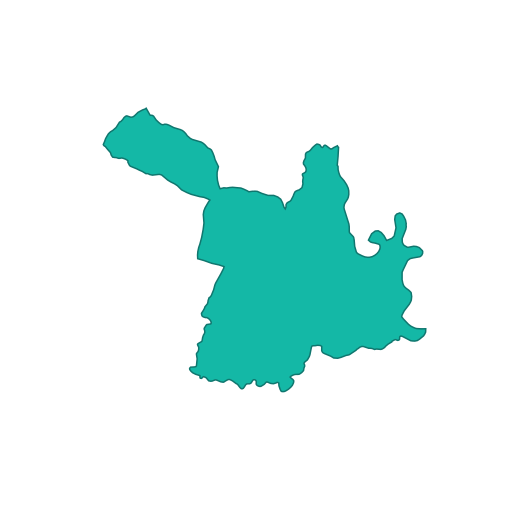 Tsendagang, Daga, Bhutan (Mercator projection), rotated 295°
{"feature_id": "84629894B97971916223830", "entity_name": "Tsendagang", "entity_type": "district", "adm_level": 2, "iso_a3": "BTN", "parent_name": "Bhutan", "parent_adm1": "Daga", "projection": "mercator", "projection_center": [89.946, 26.88], "detail": "fine", "context": "isolated", "style": "filled", "palette": "teal", "viewbox_px": 512, "rotation_deg": 295, "n_neighbors": 0, "source": "geoboundaries", "source_scale": "gbopen_adm2", "svg_char_len": 6134}
<svg xmlns="http://www.w3.org/2000/svg" viewBox="0 0 512 512"><g transform="rotate(295 256 256)"><path d="M390.3,283.2L387.1,280.6L385.1,279.4L384.5,278.2L385.6,273.2L385.7,272.0L385.2,271.2L384.3,270.9L382.9,270.7L382.3,270.2L382.5,268.7L383.3,267.7L383.7,266.8L383.5,264.9L383.2,263.9L381.8,263.0L379.8,262.1L378.1,261.4L374.8,260.6L373.2,259.8L371.8,258.5L370.9,257.9L369.3,257.8L365.6,259.4L362.5,259.2L360.6,259.5L359.4,260.2L358.3,262.2L357.2,263.7L355.9,264.8L354.2,265.4L353.0,265.4L351.8,264.7L350.1,263.5L349.1,263.7L348.2,264.7L346.8,265.8L345.3,266.1L343.3,266.8L341.3,268.0L337.4,268.8L334.2,267.2L333.0,265.9L331.4,264.6L330.4,264.2L327.6,264.2L326.2,264.4L321.3,264.2L320.0,263.7L318.2,262.3L317.2,261.7L315.3,261.5L313.1,262.5L311.0,262.6L312.0,260.8L315.5,257.5L317.9,254.4L318.7,250.8L318.4,246.5L316.0,241.3L315.2,234.9L315.1,229.8L314.5,228.2L313.2,225.5L311.2,222.4L311.4,220.4L311.4,216.4L311.2,213.6L308.4,205.8L307.0,203.3L305.2,200.7L304.2,198.0L301.8,195.0L304.4,192.2L308.3,189.1L312.1,186.9L315.4,185.4L321.1,184.2L326.0,178.2L328.7,175.9L331.3,173.2L333.2,170.8L333.6,169.2L333.6,166.6L335.2,162.8L335.8,160.7L336.1,158.2L334.7,149.0L334.8,146.8L335.9,142.9L337.2,140.7L338.1,138.4L338.6,136.4L338.6,134.1L337.6,127.3L337.8,121.7L337.6,119.5L336.9,117.6L335.7,116.3L335.3,115.1L335.4,113.6L335.9,111.5L337.1,108.0L339.5,104.0L339.6,102.4L338.9,100.8L339.2,100.0L343.5,94.0L342.6,93.6L340.4,91.4L336.4,88.4L331.6,86.6L330.0,85.6L328.9,84.0L328.4,79.7L327.6,78.8L325.7,77.9L323.2,77.5L320.9,76.7L319.6,75.7L313.3,74.9L309.2,73.1L307.2,71.7L304.4,70.6L301.6,70.3L298.8,70.1L295.6,70.4L292.5,70.5L292.0,71.1L291.6,72.1L291.6,73.1L289.9,76.5L288.2,80.4L286.3,82.1L285.0,84.3L285.7,86.8L286.1,87.5L286.4,90.0L286.7,90.8L288.1,92.9L288.3,93.8L288.5,95.4L288.6,97.1L288.3,99.6L286.8,100.3L284.7,103.0L284.4,103.7L284.3,104.6L284.6,111.3L284.5,113.9L284.6,117.2L284.1,121.4L285.0,123.4L284.9,125.1L285.5,127.9L289.1,133.8L289.6,136.1L287.5,143.9L287.1,147.5L287.0,151.7L286.5,155.1L284.5,160.6L284.3,166.4L284.5,171.2L286.0,179.8L287.2,184.2L287.4,188.4L287.2,190.6L284.8,190.1L278.3,189.5L274.8,189.7L271.3,190.7L263.9,194.9L257.7,196.9L249.9,198.9L243.1,200.1L239.4,200.5L235.5,201.4L232.2,202.6L228.9,204.3L229.9,210.7L230.7,219.2L232.3,226.3L232.9,231.5L231.1,231.9L225.2,231.7L214.4,230.9L212.3,231.0L207.4,231.9L201.2,232.2L199.2,231.7L198.4,231.1L195.5,231.4L193.9,231.9L192.2,232.2L188.4,231.2L186.6,231.4L184.7,231.3L181.0,230.8L179.9,231.5L178.9,232.4L178.6,233.3L178.6,234.7L178.8,236.1L179.4,237.5L179.3,239.4L178.4,241.8L177.5,242.9L176.4,243.7L175.3,243.7L173.1,240.4L172.3,240.1L168.6,239.6L167.6,240.1L166.6,241.1L165.1,241.9L163.0,242.0L162.3,241.8L159.5,242.1L156.3,243.0L155.4,242.8L152.1,240.5L151.3,240.3L150.6,240.8L149.0,242.7L147.2,243.5L145.1,243.9L142.5,243.3L141.7,243.6L138.0,246.1L131.4,248.4L130.4,248.3L129.5,247.2L127.6,243.7L126.2,243.3L125.1,243.9L124.1,245.7L123.4,247.9L123.3,251.4L123.9,255.7L122.2,256.6L121.7,257.2L122.1,258.4L124.4,259.3L124.6,260.2L124.6,262.3L122.9,265.8L123.3,267.7L124.1,269.1L126.5,271.4L126.9,272.8L127.1,277.4L127.8,279.7L128.4,280.3L129.8,281.1L132.2,282.9L132.8,284.0L133.0,284.8L132.9,287.5L132.0,291.7L131.9,293.5L130.0,297.1L129.5,298.7L129.8,299.6L130.7,300.4L132.5,300.8L134.7,301.0L136.1,301.6L136.7,302.6L137.4,304.1L138.4,305.0L139.2,305.3L141.9,305.6L142.8,306.1L143.2,306.8L143.3,307.8L143.1,308.6L142.1,309.4L140.0,310.3L139.4,311.1L139.1,312.2L139.2,314.1L139.9,315.5L141.5,316.6L143.2,317.7L145.8,318.5L146.4,319.1L146.6,320.1L146.7,322.9L147.1,324.4L147.7,325.9L149.6,328.0L150.3,328.4L150.6,329.1L150.5,330.3L148.0,331.7L145.3,334.3L144.1,335.9L144.1,336.8L144.6,338.0L145.4,339.2L146.9,340.4L149.3,341.9L151.9,343.0L154.1,343.6L156.5,343.6L157.8,343.4L158.9,342.9L159.6,341.8L160.5,338.3L161.2,338.1L163.0,339.3L164.4,340.5L165.4,341.9L166.9,344.9L168.1,345.8L169.7,346.7L172.2,347.5L174.8,346.8L176.8,346.7L177.9,346.0L178.7,345.0L179.6,344.8L180.7,345.1L183.6,346.5L187.3,346.8L189.3,346.6L196.6,344.8L198.0,344.8L198.7,345.5L199.6,347.4L201.1,349.5L202.1,352.2L201.8,353.8L197.9,355.6L196.9,356.9L196.6,357.7L196.5,359.4L196.8,366.1L196.4,369.5L197.9,373.3L200.0,375.8L204.0,379.7L205.6,381.9L206.3,382.5L212.7,386.4L214.4,387.0L215.0,387.5L217.3,388.7L218.8,390.2L219.4,391.8L220.0,397.0L221.0,399.4L221.3,400.9L221.4,402.9L222.6,404.5L224.1,408.6L225.2,409.8L227.4,411.2L229.0,411.6L232.0,413.0L234.8,414.9L235.5,415.4L236.2,415.3L238.3,416.8L238.9,417.3L239.3,418.1L239.3,419.8L239.7,420.5L240.3,421.1L241.1,421.3L243.5,420.4L244.3,420.7L244.8,421.4L245.0,423.0L244.6,432.1L245.4,434.4L246.1,436.0L247.6,438.0L249.8,439.4L254.4,441.6L256.2,441.9L258.7,441.9L261.8,440.6L259.8,436.5L258.1,432.2L257.8,430.4L257.8,427.6L257.9,425.8L258.5,423.1L261.2,416.2L262.5,413.7L264.3,413.3L268.9,413.5L277.0,415.3L279.8,415.5L281.6,415.4L285.1,414.2L287.4,412.7L288.2,412.2L288.7,411.4L289.6,408.8L290.1,406.0L290.6,404.3L291.4,402.6L292.0,401.9L293.3,400.6L296.3,398.4L303.0,395.3L305.8,395.2L315.9,395.3L318.4,396.6L319.1,397.2L320.8,399.4L324.5,404.7L325.2,405.3L326.9,405.9L328.8,405.9L330.5,405.2L331.1,404.6L332.4,401.1L332.6,400.2L332.4,397.4L331.5,394.8L328.2,390.3L327.9,389.5L328.2,385.7L329.1,384.1L330.3,382.8L333.6,381.1L343.5,380.5L346.1,379.8L347.7,378.8L348.6,378.6L351.8,376.3L354.4,373.1L355.8,370.7L355.8,368.1L353.5,365.8L351.2,365.2L347.7,366.3L340.7,371.0L332.5,372.8L329.3,371.6L325.3,367.8L328.5,363.4L330.2,359.6L330.5,356.1L329.0,353.5L325.0,351.4L317.9,351.2L317.1,353.8L317.3,355.7L318.0,358.4L318.6,362.2L318.5,363.0L318.1,363.7L316.5,364.8L314.7,365.3L311.9,365.3L309.2,364.6L306.7,363.3L304.5,361.6L302.8,359.4L302.0,357.8L301.2,355.1L301.0,352.3L301.1,347.6L301.6,345.9L302.2,345.1L306.4,341.4L312.0,338.2L314.2,336.6L314.7,335.8L316.4,331.5L316.9,330.7L317.6,330.2L321.8,328.2L324.2,326.7L335.8,316.1L337.3,315.1L340.0,314.3L341.8,314.3L346.4,314.9L348.3,314.8L351.0,314.1L354.3,312.5L356.5,310.8L358.9,308.0L361.4,304.0L363.6,299.0L364.8,297.5L366.8,295.6L369.0,293.9L372.0,292.4L372.5,291.3L380.6,288.4L389.4,284.9L389.7,283.8L390.3,283.2Z" fill="#14b8a6" stroke="#0f766e" stroke-width="1.5"/></g></svg>